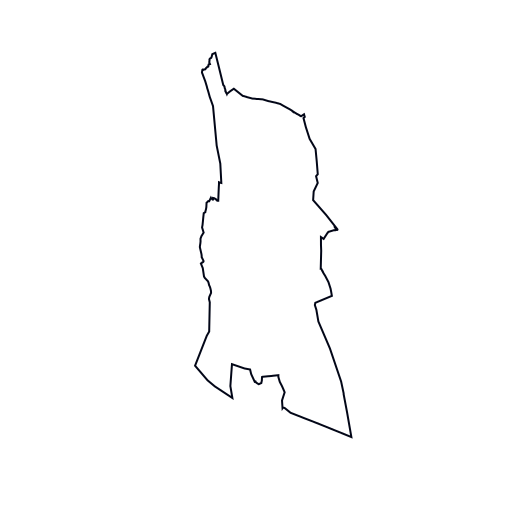 outline of Hemsedal nor, Buskerud, Norway, rotated 248°
{"feature_id": "86288312B18183247868673", "entity_name": "Hemsedal nor", "entity_type": "district", "adm_level": 2, "iso_a3": "NOR", "parent_name": "Norway", "parent_adm1": "Buskerud", "projection": "robinson", "projection_center": [8.592, 60.928], "detail": "fine", "context": "isolated", "style": "outline", "palette": "ink", "viewbox_px": 512, "rotation_deg": 248, "n_neighbors": 0, "source": "geoboundaries", "source_scale": "gbopen_adm2", "svg_char_len": 5051}
<svg xmlns="http://www.w3.org/2000/svg" viewBox="0 0 512 512"><g transform="rotate(248 256 256)"><path d="M459.6,294.4L459.5,291.1L457.3,289.5L456.5,288.7L456.4,287.6L456.1,286.9L455.7,286.5L454.7,286.1L454.4,286.0L454.1,285.8L453.9,285.7L453.5,285.4L453.3,285.3L452.8,285.2L452.2,285.2L451.3,285.2L451.2,285.2L451.3,284.6L451.4,284.4L451.4,284.2L451.4,283.9L451.2,283.7L450.6,283.3L449.8,282.9L449.6,282.8L449.5,282.7L449.6,282.4L449.7,282.2L449.7,281.8L449.3,281.2L449.2,281.0L449.1,280.4L449.0,280.2L448.9,280.0L448.4,279.4L448.2,279.0L448.1,278.8L448.1,278.7L448.4,277.9L448.3,277.5L448.3,277.4L448.3,277.2L448.5,277.1L448.7,276.7L448.9,276.4L448.8,276.1L448.7,276.0L448.0,275.7L447.8,275.5L447.7,275.4L447.4,275.2L446.3,274.6L445.8,274.6L444.5,274.6L441.3,274.5L437.1,274.4L431.6,273.9L429.6,273.6L428.1,273.5L425.9,273.3L420.7,272.7L417.8,272.6L411.1,272.3L373.1,260.9L355.0,257.5L336.7,251.2L337.7,249.8L338.2,249.3L336.5,248.6L334.0,247.4L329.6,245.4L321.4,241.7L321.5,241.5L321.6,241.4L321.7,241.2L321.8,241.0L321.8,240.9L322.0,240.9L322.4,240.6L322.6,240.5L322.9,240.3L323.0,240.2L323.3,240.1L323.7,240.1L323.8,240.0L323.9,239.9L324.0,239.9L324.2,239.7L324.4,239.5L324.5,239.4L324.6,239.2L324.8,239.1L325.0,239.1L325.2,238.9L325.3,238.8L325.4,238.7L325.5,238.6L325.6,238.4L325.3,238.3L325.3,238.2L325.5,238.1L325.7,237.9L325.4,237.8L325.3,237.7L325.2,237.7L325.0,237.4L324.9,237.4L324.5,237.3L324.4,237.2L324.5,237.0L324.9,236.9L325.0,236.8L325.0,236.7L325.3,236.6L325.6,236.5L325.7,236.4L325.9,236.4L326.0,236.3L326.1,236.2L326.6,236.0L326.7,235.9L326.8,235.9L324.3,233.1L324.8,232.3L324.2,231.0L323.9,230.1L321.5,229.0L319.8,228.2L318.2,227.2L316.3,225.8L315.6,225.4L315.5,224.7L315.4,224.2L315.3,223.6L311.0,221.3L308.1,219.8L304.7,218.0L302.7,216.7L297.3,216.2L294.9,212.9L292.8,211.0L290.2,210.0L290.0,209.9L288.5,209.1L287.0,208.2L285.4,207.3L283.7,207.0L280.5,206.5L278.0,206.1L276.2,205.6L275.3,205.2L272.7,205.4L272.3,205.4L271.2,205.5L270.6,205.3L270.3,204.9L270.1,204.1L270.2,203.7L269.8,203.0L269.8,202.4L269.7,202.1L266.9,202.1L264.7,202.1L256.4,200.1L255.9,200.2L254.9,200.3L250.5,202.0L249.6,202.0L249.2,202.0L246.4,201.6L245.3,201.7L244.6,201.7L243.2,201.6L240.6,201.2L239.7,200.9L238.6,200.5L235.9,197.7L235.6,197.4L234.2,196.5L233.5,196.2L233.2,196.2L230.4,195.8L203.5,184.3L200.5,180.5L177.1,158.4L158.9,164.5L150.5,169.0L133.2,180.9L145.0,183.5L164.7,193.2L156.4,202.8L156.1,203.1L153.0,208.0L149.1,207.4L148.0,207.3L139.7,207.7L139.6,208.0L139.7,208.5L139.1,208.5L138.0,209.1L136.1,210.5L136.1,211.0L136.2,212.4L136.2,213.3L138.1,214.6L138.4,214.8L141.0,216.0L141.6,216.3L141.6,216.7L140.7,219.7L140.0,222.1L139.6,223.3L138.9,225.6L138.6,226.9L137.1,232.1L135.9,231.6L135.3,231.4L130.4,230.9L126.2,231.3L124.4,231.4L120.5,231.5L118.9,231.5L112.3,226.0L105.0,223.6L105.2,223.9L105.1,224.5L104.9,225.0L104.2,225.7L97.7,229.3L96.0,231.1L92.0,235.3L91.1,236.3L88.0,239.5L83.9,243.9L76.7,251.5L52.4,276.6L76.6,281.8L95.1,285.5L95.8,285.8L107.7,287.9L142.5,289.9L171.9,289.3L183.4,291.8L188.5,292.2L190.4,293.5L190.6,311.4L194.7,312.3L197.8,312.9L204.6,313.4L211.8,312.7L214.4,312.2L215.3,312.1L215.5,312.1L215.9,312.1L216.0,312.0L216.3,312.0L216.5,312.1L216.9,312.1L217.0,312.0L217.1,311.9L217.3,311.9L217.7,311.9L217.8,311.8L218.0,311.8L218.3,311.8L218.6,311.8L218.8,311.8L219.0,311.8L219.1,311.7L219.3,311.7L219.5,311.7L219.8,311.6L220.0,311.6L220.3,311.5L220.3,311.4L236.4,318.4L241.7,320.3L249.2,323.3L246.5,325.1L250.6,330.9L250.8,331.5L251.2,331.9L251.3,332.4L251.1,333.2L251.1,333.7L250.7,338.2L250.2,338.8L250.2,339.6L250.1,339.9L250.0,340.4L250.5,340.3L251.3,340.3L252.0,340.1L252.5,340.0L252.1,340.7L251.1,340.5L250.5,340.5L250.2,340.7L250.1,340.9L250.0,341.0L249.8,341.2L249.9,341.4L250.2,341.5L267.8,336.4L286.4,329.9L294.3,333.7L300.6,340.6L307.5,341.6L308.7,343.9L320.8,347.7L332.9,351.3L344.5,349.6L356.9,350.5L366.1,351.7L366.7,353.3L369.4,353.6L368.7,350.2L369.1,349.6L369.4,349.5L369.9,349.3L372.1,347.5L372.3,347.2L373.1,346.7L373.7,346.2L375.7,344.8L375.5,344.6L376.5,344.0L376.8,344.1L377.3,343.8L378.9,342.6L379.1,342.5L379.3,342.3L379.6,342.1L380.3,341.5L382.0,340.1L384.7,337.9L385.3,337.4L385.6,337.2L386.6,336.4L387.7,335.6L388.0,335.3L388.4,334.7L388.9,334.1L389.2,333.8L389.3,333.5L390.3,332.3L390.6,331.9L390.9,331.5L391.3,330.9L391.7,330.3L391.9,330.0L393.2,328.1L394.0,327.0L394.5,326.2L394.7,325.9L394.9,325.6L395.2,325.2L396.5,323.6L398.7,320.9L399.6,319.1L400.0,318.3L400.6,317.2L401.4,315.3L402.2,314.0L403.0,312.3L403.3,311.6L404.5,310.1L406.8,307.0L407.1,306.8L407.4,306.4L407.8,305.8L408.3,305.3L409.4,303.7L419.4,298.1L419.2,297.2L418.9,295.9L418.7,294.9L418.2,293.0L417.2,289.8L417.1,289.7L417.5,289.7L417.8,289.6L418.1,289.5L418.7,289.5L419.1,289.5L419.4,289.4L419.7,289.5L419.8,289.5L420.0,289.6L420.3,289.6L420.6,289.4L420.7,289.5L421.1,289.7L422.0,289.9L422.4,289.9L422.9,289.9L423.4,289.9L423.6,289.9L423.9,290.0L424.3,290.1L424.6,290.2L425.0,290.2L425.3,290.2L425.7,290.1L426.5,289.8L426.8,289.7L444.1,292.2L459.6,294.4Z" fill="none" stroke="#020617" stroke-width="2"/></g></svg>